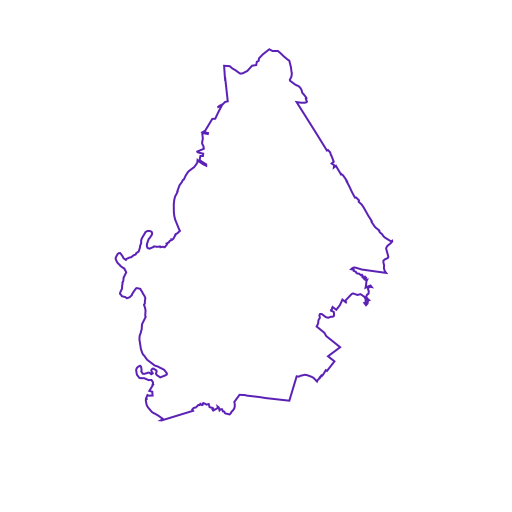 outline of Carlos A. Carrillo, Veracruz, Mexico, rotated 29°
{"feature_id": "50627088B62074843364155", "entity_name": "Carlos A. Carrillo", "entity_type": "district", "adm_level": 2, "iso_a3": "MEX", "parent_name": "Mexico", "parent_adm1": "Veracruz", "projection": "albers", "projection_center": [-95.723, 18.328], "detail": "fine", "context": "isolated", "style": "outline", "palette": "violet", "viewbox_px": 512, "rotation_deg": 29, "n_neighbors": 0, "source": "geoboundaries", "source_scale": "gbopen_adm2", "svg_char_len": 6095}
<svg xmlns="http://www.w3.org/2000/svg" viewBox="0 0 512 512"><g transform="rotate(29 256 256)"><path d="M171.1,68.7L167.4,68.8L164.2,76.4L162.8,81.7L163.7,84.0L162.6,85.8L163.6,88.9L160.3,91.5L158.7,98.4L155.7,102.8L153.8,104.1L152.7,104.1L148.1,103.5L144.2,103.4L141.0,102.7L135.9,105.1L141.3,113.5L143.1,116.2L143.2,115.9L156.3,134.4L154.2,136.4L153.2,140.1L152.9,140.0L151.5,142.0L150.6,143.8L150.8,144.0L152.7,141.4L153.2,141.6L153.3,148.4L153.8,155.7L151.3,157.3L150.8,171.0L149.5,173.2L154.4,171.7L154.7,172.7L149.3,174.4L152.6,179.1L153.9,183.0L154.3,183.7L157.0,185.7L158.4,187.5L154.0,193.1L154.5,193.5L156.0,193.3L160.2,192.1L161.1,194.3L158.9,195.5L160.1,199.4L162.2,199.7L168.0,200.0L168.7,201.2L165.4,201.4L159.8,200.9L158.4,200.5L158.9,201.8L159.1,202.0L159.4,202.9L159.3,204.8L158.8,208.3L156.3,213.8L155.8,215.5L155.5,219.7L155.8,224.0L155.2,225.0L155.3,227.6L154.8,231.1L155.8,237.5L156.2,237.6L156.4,239.9L156.4,243.0L156.8,244.9L157.7,247.6L159.2,251.0L163.1,257.8L165.3,260.8L167.7,263.4L176.0,270.1L177.3,270.9L176.1,274.5L175.1,275.9L175.1,276.9L175.5,277.2L175.3,278.3L175.4,280.9L174.8,282.3L174.0,282.5L174.4,283.1L173.4,284.4L173.1,285.3L173.2,286.3L172.4,287.3L172.5,287.7L171.8,288.4L172.4,288.7L172.5,289.4L172.0,292.3L171.5,292.9L170.9,292.8L170.2,293.0L168.1,294.7L167.3,294.2L166.6,294.9L164.7,296.1L162.6,296.8L161.9,297.4L162.0,297.8L159.3,301.2L157.9,301.5L157.1,301.4L155.9,300.4L155.1,299.2L154.7,297.8L153.9,293.3L154.3,291.7L154.6,287.9L154.2,286.5L153.1,285.5L152.6,285.4L150.6,285.8L149.4,286.4L148.4,287.5L147.8,288.5L147.6,295.9L148.0,298.0L149.3,300.4L149.8,303.6L150.4,304.8L151.2,308.9L149.9,311.6L150.0,313.1L148.7,314.5L147.4,317.6L146.0,318.8L144.2,321.3L144.1,322.5L141.3,322.2L139.7,321.1L137.3,319.9L135.6,319.3L134.6,320.1L134.0,321.4L134.1,325.3L134.6,326.6L137.4,328.7L139.0,329.4L141.2,329.9L142.1,330.4L145.1,330.8L146.1,330.7L147.1,330.8L147.6,331.5L148.8,332.0L150.5,333.4L150.5,336.5L150.7,337.4L150.6,338.8L152.1,342.4L152.0,344.0L152.7,344.8L153.4,347.2L154.6,349.3L154.9,353.4L155.2,354.7L155.6,355.1L157.0,355.5L158.2,356.2L161.6,355.3L163.5,355.6L165.4,353.5L166.4,350.5L166.1,349.6L166.4,345.2L166.8,342.4L167.2,341.9L170.8,340.8L171.8,341.6L173.5,342.4L175.8,344.0L177.5,344.8L179.2,346.1L179.8,346.8L180.4,348.7L181.8,351.5L181.7,353.0L183.9,354.9L185.8,357.2L188.1,362.0L189.0,362.7L189.4,371.0L191.6,375.6L191.9,377.3L192.4,378.9L192.9,382.1L193.6,383.7L194.5,385.5L200.4,393.1L203.1,395.6L204.7,396.8L206.6,397.4L211.0,399.5L220.5,400.9L224.2,400.2L226.4,400.3L227.7,400.1L231.0,400.1L235.0,401.9L235.4,402.9L234.8,404.1L231.1,408.6L226.8,408.2L225.5,407.3L225.1,405.3L224.4,404.4L221.1,404.2L220.5,404.3L219.8,405.6L219.8,406.8L221.1,408.0L222.0,408.2L222.6,408.8L221.7,410.2L219.8,409.8L218.6,410.0L215.7,413.0L214.1,413.9L211.5,412.5L211.3,411.4L210.2,409.8L209.0,408.5L207.8,408.2L206.6,410.0L206.1,411.8L206.4,413.8L209.3,417.5L212.9,419.1L213.9,419.0L217.4,417.1L222.3,416.6L224.7,415.1L227.1,416.4L227.7,417.4L227.9,418.6L228.4,418.5L228.1,425.7L231.1,425.0L233.2,428.2L229.8,430.2L228.5,430.2L228.8,433.0L229.6,434.0L229.0,434.3L229.7,435.8L230.7,437.1L232.6,439.3L234.7,440.7L240.6,442.9L242.8,443.1L243.2,442.9L248.2,443.0L253.8,443.7L252.4,445.9L253.1,445.6L276.0,421.9L274.7,421.3L274.7,420.9L275.2,419.0L276.8,417.7L277.8,414.3L279.0,413.7L279.0,412.3L281.1,412.6L281.5,412.0L281.0,410.6L281.4,410.1L284.9,409.9L286.4,408.4L288.7,410.7L291.8,409.9L292.3,410.1L292.2,411.2L293.5,411.9L295.9,408.1L296.2,407.0L295.5,406.3L296.9,406.5L298.9,408.7L299.3,407.3L300.5,406.5L302.3,407.9L302.9,407.5L303.8,407.6L304.7,408.4L305.6,408.5L309.7,407.4L310.2,405.5L310.1,403.9L310.6,402.7L310.9,400.2L310.5,398.2L309.2,395.8L307.8,394.2L308.9,385.4L314.0,382.9L315.8,382.5L327.1,377.8L333.5,375.5L355.3,366.4L349.9,341.5L351.9,340.8L352.7,339.5L356.3,336.2L358.6,335.4L363.1,334.7L365.5,334.7L370.2,336.2L370.1,334.5L371.1,331.4L370.6,331.3L371.1,328.7L371.8,328.9L372.2,327.2L372.4,322.0L373.8,322.1L375.7,310.1L367.6,308.8L373.8,295.0L356.3,292.0L353.0,290.0L343.2,288.3L343.1,285.0L341.8,282.0L341.7,281.0L341.9,279.7L341.5,278.6L340.4,277.5L340.0,275.9L340.8,275.2L341.8,274.9L346.8,275.6L349.1,275.0L350.9,272.9L352.7,271.8L353.2,270.3L351.3,267.3L350.1,267.2L348.3,267.5L347.8,267.0L348.2,265.9L347.8,264.6L347.7,263.5L352.3,264.1L353.2,258.3L352.7,252.2L357.2,253.0L357.2,252.7L355.6,252.5L358.1,242.9L359.0,241.7L363.6,240.9L365.9,238.7L370.4,239.1L372.8,240.5L373.8,242.6L375.0,243.4L373.6,244.6L376.1,245.7L376.6,243.5L376.0,241.8L375.2,240.8L375.9,240.5L376.4,239.8L375.4,239.6L374.5,239.8L373.9,239.0L372.3,238.8L372.0,237.5L371.9,236.0L372.7,234.5L371.7,232.1L369.9,230.6L369.8,228.9L370.4,227.8L372.3,227.1L370.4,226.3L368.5,228.7L367.2,230.6L366.5,228.4L364.8,224.5L364.7,222.8L363.6,223.8L362.4,223.8L362.8,221.7L361.4,221.3L361.0,223.1L359.5,223.0L359.1,221.7L357.8,221.1L357.4,222.0L354.6,221.5L353.4,222.1L352.2,222.2L350.9,221.4L348.6,221.6L348.1,220.6L345.7,221.4L346.1,220.1L346.5,219.4L347.3,218.6L348.4,218.0L355.2,216.5L378.0,207.7L376.0,206.8L373.7,204.6L372.6,202.1L370.9,200.3L369.7,198.4L369.8,197.9L370.5,196.2L372.2,194.0L372.2,192.6L366.2,186.4L366.0,185.8L365.9,184.1L366.5,182.2L367.5,179.9L368.1,177.2L367.7,176.7L367.2,177.6L365.8,177.7L359.9,177.4L358.0,177.0L355.4,175.7L353.3,175.4L352.2,174.9L351.2,174.2L351.3,173.9L350.9,173.8L347.0,173.2L345.5,172.7L340.4,170.1L340.4,169.4L334.8,166.4L326.7,161.4L323.6,159.8L319.5,158.8L319.1,157.4L315.2,156.3L314.3,157.0L313.9,156.8L308.7,153.4L303.6,149.7L299.1,146.8L299.4,146.6L298.2,145.8L295.6,144.5L292.9,143.2L291.7,143.2L290.9,142.9L290.7,143.4L282.2,138.4L281.2,140.8L280.4,138.7L277.3,138.4L278.3,135.9L273.1,131.5L272.7,131.5L270.6,129.4L267.5,128.4L266.9,129.4L250.0,119.9L216.9,101.7L221.3,100.0L224.5,98.2L225.5,97.1L225.7,96.3L223.3,94.3L223.6,93.4L220.7,92.0L217.3,90.8L215.2,88.6L213.3,87.5L211.0,86.8L209.6,86.8L209.0,87.1L206.5,87.0L200.8,86.2L200.2,85.6L200.0,81.9L198.8,78.8L197.9,77.9L194.9,73.8L190.4,69.0L188.5,68.9L183.4,67.9L179.0,66.7L175.7,66.1L171.1,68.7Z" fill="none" stroke="#5b21b6" stroke-width="2"/></g></svg>